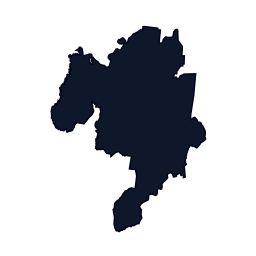 the district of Phu Giao, Bình Phước, Vietnam, rotated 187°
{"feature_id": "81297802B21040073838815", "entity_name": "Phu Giao", "entity_type": "district", "adm_level": 2, "iso_a3": "VNM", "parent_name": "Vietnam", "parent_adm1": "Bình Phước", "projection": "equal_earth", "projection_center": [106.819, 11.34], "detail": "fine", "context": "isolated", "style": "filled", "palette": "ink", "viewbox_px": 256, "rotation_deg": 187, "n_neighbors": 0, "source": "geoboundaries", "source_scale": "gbopen_adm2", "svg_char_len": 5953}
<svg xmlns="http://www.w3.org/2000/svg" viewBox="0 0 256 256"><g transform="rotate(187 128 128)"><path d="M186.2,202.2L186.5,200.8L188.8,198.8L185.4,198.5L186.2,197.7L186.0,197.3L185.0,196.8L184.8,195.1L185.1,194.6L185.6,194.5L186.9,195.4L187.5,194.3L188.2,193.9L188.4,194.2L188.4,195.3L188.8,195.4L189.0,194.0L189.7,194.7L190.7,194.8L191.4,194.6L191.7,193.6L192.8,192.6L193.3,192.7L193.8,193.5L194.7,193.4L195.4,192.7L195.4,191.4L194.7,190.6L193.8,190.6L193.2,191.2L192.9,191.0L192.9,190.4L193.7,189.6L193.5,188.9L193.6,187.5L192.5,186.9L192.3,186.3L192.4,184.8L193.2,184.8L193.3,183.1L193.2,182.9L192.6,183.1L192.6,182.6L193.3,181.7L192.6,180.9L192.3,179.8L191.7,179.7L191.6,179.3L192.1,178.7L192.5,178.7L193.0,179.4L193.6,179.2L193.7,178.8L192.5,177.1L193.3,176.9L193.3,175.9L192.1,175.1L192.0,174.7L192.6,174.0L194.6,173.9L195.0,173.5L194.8,172.7L195.0,171.9L194.5,170.2L195.1,169.5L195.4,170.3L195.6,170.2L195.5,169.5L196.2,169.6L196.4,169.1L196.4,168.4L195.8,167.5L196.3,167.4L197.0,165.2L196.4,163.7L197.9,163.9L197.9,163.3L198.6,163.1L198.7,162.4L199.3,162.2L199.3,160.5L200.3,160.1L200.6,159.6L200.5,158.6L198.4,157.4L198.7,157.0L199.7,157.5L199.8,156.7L199.3,155.8L199.7,153.9L199.0,153.9L199.6,153.3L199.8,152.7L199.5,152.2L198.4,151.5L198.8,149.5L198.3,149.5L198.1,149.1L199.2,148.1L198.9,147.8L198.8,146.7L199.2,146.5L199.6,147.0L199.9,146.5L200.5,146.7L200.3,146.2L200.8,145.6L200.7,145.1L201.1,144.6L201.3,143.7L201.7,143.6L201.9,142.8L202.3,143.3L203.3,143.0L203.5,142.5L203.4,142.0L203.7,140.6L204.7,140.5L204.9,140.1L205.2,140.3L205.7,139.9L206.2,136.9L205.9,136.5L206.3,135.3L205.9,134.6L206.0,134.2L205.5,133.8L205.7,132.4L205.0,131.8L205.3,130.0L205.2,128.7L204.2,127.7L203.9,126.7L203.0,125.7L202.7,123.7L201.2,122.5L199.7,119.7L196.4,118.0L195.1,118.4L194.5,117.6L192.5,117.8L191.4,117.4L189.9,119.2L189.4,119.3L189.0,118.9L188.4,116.7L187.7,116.6L186.5,117.5L185.6,117.5L183.0,118.8L181.4,122.5L181.4,124.3L180.7,125.4L180.7,126.1L180.0,126.4L179.7,127.2L172.2,126.8L167.7,134.2L165.8,136.2L164.8,138.4L164.2,140.7L164.4,141.7L165.3,143.0L165.9,145.9L166.5,146.8L166.9,149.4L166.8,150.0L166.1,148.7L164.5,148.5L163.7,147.5L162.5,147.1L162.4,147.7L161.9,147.8L161.9,146.9L162.5,146.0L162.4,144.9L160.7,145.3L158.8,144.7L157.8,145.2L157.8,143.3L157.0,140.5L157.5,138.4L157.4,136.7L156.9,135.4L158.6,130.7L160.1,130.7L161.0,128.1L160.8,126.1L160.0,124.7L159.0,124.0L157.8,124.0L157.6,123.7L158.1,122.4L158.5,121.9L159.3,121.8L159.5,121.2L158.9,120.4L158.3,120.9L157.3,119.2L157.1,118.1L157.6,115.6L157.4,115.3L156.8,115.7L156.4,114.1L156.4,113.2L157.8,114.1L158.5,113.2L158.5,112.6L158.2,112.2L158.3,110.9L157.8,110.0L157.9,108.1L157.0,107.6L157.8,105.7L157.5,104.9L157.6,103.9L157.1,104.0L156.4,102.8L155.6,102.8L154.3,103.3L152.9,103.2L151.1,103.8L149.3,103.8L146.1,100.2L142.3,100.2L141.5,97.6L137.1,102.4L134.6,103.4L133.8,103.3L132.8,102.2L131.0,101.4L129.7,100.2L128.3,101.0L127.6,99.9L126.7,100.9L125.7,100.9L125.2,100.5L121.1,100.4L121.6,87.5L115.5,87.7L113.5,81.5L113.5,69.0L114.4,68.6L117.1,68.9L119.3,68.1L121.6,65.5L123.2,65.0L123.4,64.2L124.8,62.2L125.1,61.1L126.7,58.1L127.3,57.7L128.1,55.8L129.8,54.6L131.8,51.8L132.0,50.4L131.8,47.7L132.1,46.2L132.8,45.3L130.5,37.7L130.1,30.7L128.6,27.0L127.2,24.6L125.3,24.7L124.3,24.1L123.6,24.5L123.2,25.2L121.2,25.9L120.9,26.5L119.5,26.8L118.4,27.8L118.3,28.8L117.3,29.1L115.4,30.6L114.4,30.9L113.7,30.5L112.8,30.5L112.5,30.9L112.2,32.3L110.9,31.8L110.1,31.9L107.6,34.0L105.5,34.4L104.9,37.5L103.5,39.7L103.4,40.4L104.7,44.3L104.7,48.4L106.9,50.7L106.9,51.7L105.9,54.0L103.8,56.2L99.3,59.0L99.0,60.3L99.3,63.5L98.6,64.5L96.8,65.2L95.6,65.2L92.2,64.5L91.4,65.1L91.1,66.8L91.4,70.7L90.1,71.7L88.0,71.2L87.2,71.6L87.0,74.0L87.6,76.7L85.8,79.4L84.0,81.2L82.6,83.4L83.3,85.8L83.2,86.9L82.8,87.3L80.1,89.4L79.6,88.6L78.2,87.8L76.9,85.0L76.6,85.0L74.3,85.9L74.0,87.7L73.2,88.0L71.3,90.0L69.5,87.4L67.4,88.4L66.9,85.6L65.3,86.3L67.6,97.1L65.8,98.8L65.7,99.3L66.2,99.9L66.6,99.9L67.4,103.7L66.9,104.5L66.9,105.0L66.6,105.5L67.0,107.4L66.6,108.3L66.8,109.1L66.6,110.3L66.3,110.7L66.6,111.4L66.4,112.2L66.0,112.6L65.8,114.5L65.5,114.6L65.7,115.5L64.9,116.4L64.9,118.0L63.9,118.0L63.5,118.4L63.1,118.0L62.5,118.3L61.4,117.7L61.1,118.2L60.5,118.1L57.8,116.7L57.2,116.8L54.7,120.4L54.3,121.6L53.6,122.6L51.8,123.8L49.7,126.4L50.7,129.0L50.6,131.8L51.0,134.1L52.7,137.2L53.5,138.0L53.9,138.9L54.7,139.4L56.5,142.0L57.2,142.3L59.4,142.3L60.5,144.5L62.9,146.7L64.6,145.9L64.4,145.5L64.8,145.0L65.4,144.9L65.7,144.5L66.2,144.6L66.7,144.0L67.1,145.6L67.4,149.0L66.8,168.4L67.5,190.0L79.1,188.3L79.3,187.7L82.4,186.3L83.1,184.1L83.9,183.0L85.2,183.1L86.5,184.5L88.8,183.2L88.7,187.7L86.3,187.7L86.4,190.6L85.6,191.4L84.2,194.6L82.7,196.2L81.2,196.4L81.5,198.1L80.2,198.4L80.9,206.5L83.4,206.1L84.0,215.6L89.0,220.9L90.6,230.9L90.9,231.6L91.5,231.9L92.9,231.3L94.2,229.0L94.4,227.3L94.3,225.3L95.3,223.4L99.6,222.7L101.5,223.1L102.7,221.9L103.8,219.9L103.8,218.7L104.5,216.7L105.0,216.3L107.6,216.1L107.8,229.2L109.9,229.1L110.7,230.2L110.7,230.7L123.8,230.7L125.5,230.4L125.2,227.9L125.9,227.7L125.9,227.1L127.2,226.4L127.7,227.0L130.8,223.8L131.5,223.8L132.0,223.0L134.4,221.8L135.6,219.3L138.1,217.3L138.9,212.6L140.6,212.0L140.6,213.2L140.9,214.1L143.5,216.7L144.6,216.7L146.5,215.0L148.0,214.4L148.6,213.4L148.6,212.3L148.3,211.6L146.8,210.7L145.6,210.5L142.6,211.1L142.4,210.7L142.6,209.4L144.5,205.3L145.0,204.6L146.2,204.3L148.2,205.3L149.4,204.8L151.4,200.8L152.3,200.0L153.2,199.8L154.9,198.8L156.1,197.5L156.2,195.4L155.7,194.5L153.9,193.7L153.4,191.6L154.2,186.4L155.1,186.3L156.4,185.3L159.1,187.1L162.4,187.4L164.3,188.2L165.7,189.9L169.3,191.8L171.3,194.0L171.8,193.9L172.2,193.3L172.6,190.8L171.5,188.7L171.3,187.4L171.7,186.7L172.5,186.7L174.1,189.1L174.8,191.3L174.4,192.6L172.7,194.4L172.6,195.5L173.0,196.3L173.7,196.8L174.9,196.8L180.5,194.3L181.2,194.5L181.8,195.4L182.1,197.6L183.3,201.1L184.9,202.3L186.2,202.2Z" fill="#0f172a" stroke="#020617" stroke-width="1.5"/></g></svg>